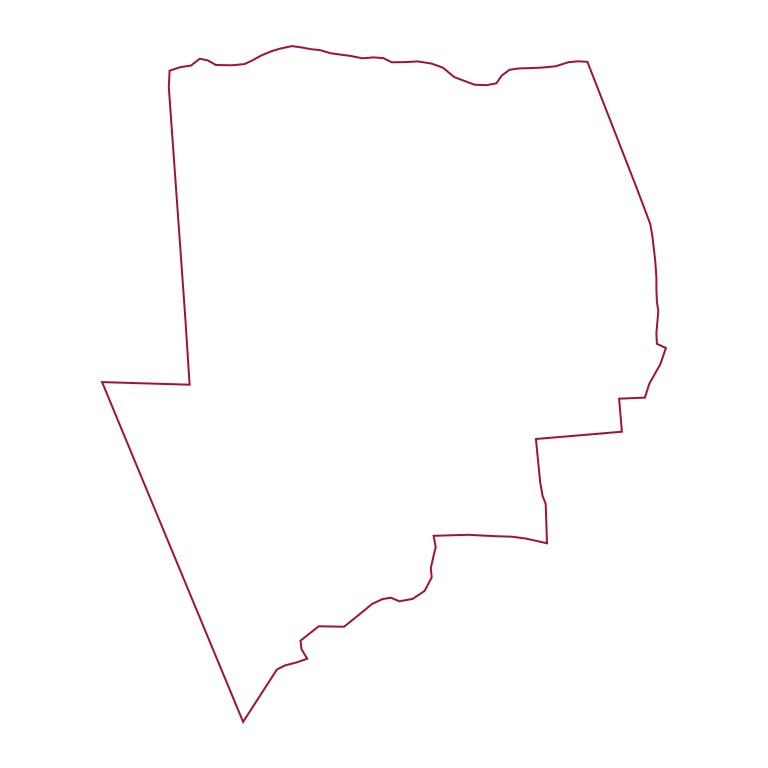 Santa Teresinha, Paraíba, Brazil
{"feature_id": "56859067B32713563652227", "entity_name": "Santa Teresinha", "entity_type": "district", "adm_level": 2, "iso_a3": "BRA", "parent_name": "Brazil", "parent_adm1": "Paraíba", "projection": "orthographic", "projection_center": [-37.431, -7.11], "detail": "fine", "context": "isolated", "style": "outline", "palette": "rose", "viewbox_px": 768, "rotation_deg": 0, "n_neighbors": 0, "source": "geoboundaries", "source_scale": "gbopen_adm2", "svg_char_len": 1201}
<svg xmlns="http://www.w3.org/2000/svg" viewBox="0 0 768 768"><path d="M243.1,721.9L276.9,669.5L284.9,665.5L297.3,662.2L307.2,658.7L301.5,649.2L300.5,640.7L318.7,626.3L344.1,626.7L360.1,613.8L372.0,604.0L382.4,599.1L390.9,597.7L399.3,601.3L412.6,598.9L424.6,590.9L431.7,577.4L430.8,568.2L433.6,555.6L435.7,547.0L433.6,535.8L467.9,534.8L495.5,536.2L511.9,536.7L525.6,538.5L547.0,543.3L545.7,503.9L542.6,496.0L540.2,482.4L535.9,439.0L621.9,431.7L619.1,398.7L644.9,397.6L649.3,383.7L660.4,364.1L665.9,348.0L656.9,343.8L656.4,333.0L658.3,311.2L656.9,301.7L656.4,289.1L656.4,277.4L655.2,260.5L652.4,236.4L650.3,224.1L636.8,188.3L587.4,61.8L578.2,61.3L568.5,62.2L555.5,66.3L541.6,67.6L530.0,68.1L519.1,68.4L509.5,69.8L501.7,75.6L496.4,83.3L486.5,85.2L474.5,84.7L463.8,80.7L454.1,77.0L443.0,67.7L431.3,63.5L417.6,61.4L406.0,62.1L391.8,62.3L383.3,58.1L373.4,57.4L362.3,58.3L350.9,56.0L340.6,54.6L330.4,53.2L320.0,50.1L310.8,49.2L302.1,47.5L291.9,46.1L281.0,48.4L272.0,51.0L261.2,55.5L252.0,60.6L244.4,64.1L231.5,65.3L215.9,65.0L207.8,60.4L199.8,58.7L191.0,65.5L180.2,67.2L169.6,70.7L168.8,87.3L185.3,318.0L189.6,384.7L102.1,382.1L123.4,433.6L243.1,721.9Z" fill="none" stroke="#9f1239" stroke-width="2"/></svg>